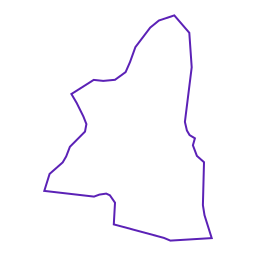 the Statistical Region of Radovljica
{"feature_id": "SVN-1016", "entity_name": "Radovljica", "entity_type": "Statistical Region", "adm_level": 1, "iso_a3": "SVN", "parent_name": "Slovenia", "parent_adm1": "", "projection": "orthographic", "projection_center": [14.199, 46.349], "detail": "fine", "context": "isolated", "style": "outline", "palette": "violet", "viewbox_px": 256, "rotation_deg": 0, "n_neighbors": 0, "source": "natural_earth", "source_scale": "10m", "svg_char_len": 582}
<svg xmlns="http://www.w3.org/2000/svg" viewBox="0 0 256 256"><path d="M170.4,240.6L163.9,237.9L113.8,224.4L115.0,202.7L109.9,195.3L106.2,193.6L99.4,194.6L94.0,196.6L44.3,190.9L49.6,173.9L62.7,162.4L66.2,156.4L69.9,146.8L85.0,131.6L86.4,124.1L83.4,116.5L76.7,103.0L71.4,94.0L93.7,79.9L103.3,80.9L115.0,79.8L125.6,72.1L130.0,62.1L135.4,47.1L150.2,27.6L158.9,20.5L174.3,15.4L189.3,32.8L191.7,67.3L184.9,121.9L186.9,130.5L189.6,135.1L194.9,138.3L192.9,145.3L196.9,155.9L204.0,162.2L202.9,205.1L204.5,215.2L211.7,238.1L170.4,240.6Z" fill="none" stroke="#5b21b6" stroke-width="2"/></svg>